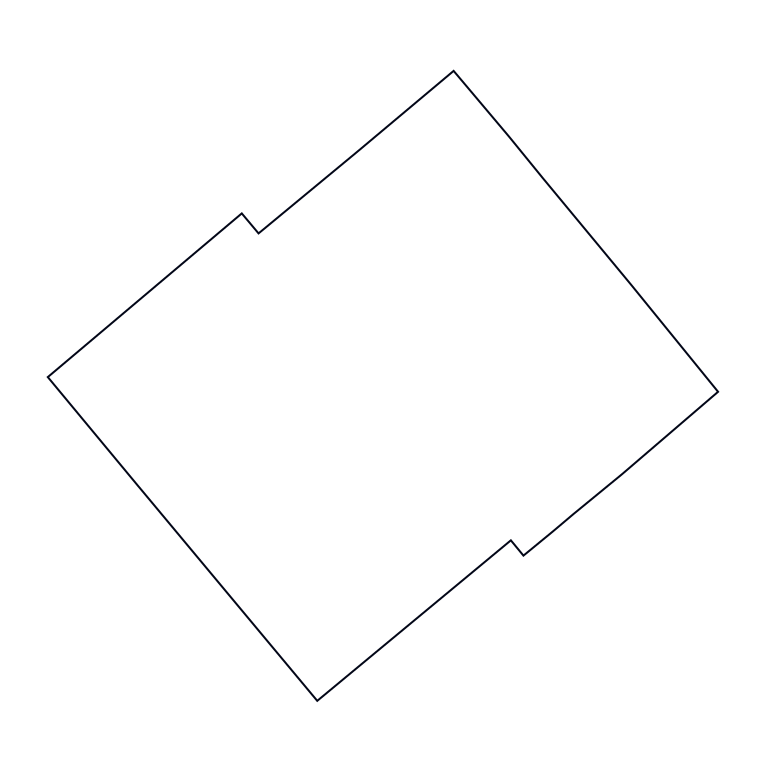 the district of Washington, Wisconsin, United States of America, rotated 230°
{"feature_id": "52423323B60034571779421", "entity_name": "Washington", "entity_type": "district", "adm_level": 2, "iso_a3": "USA", "parent_name": "United States of America", "parent_adm1": "Wisconsin", "projection": "robinson", "projection_center": [-88.256, 43.368], "detail": "fine", "context": "isolated", "style": "outline", "palette": "ink", "viewbox_px": 768, "rotation_deg": 230, "n_neighbors": 0, "source": "geoboundaries", "source_scale": "gbopen_adm2", "svg_char_len": 370}
<svg xmlns="http://www.w3.org/2000/svg" viewBox="0 0 768 768"><g transform="rotate(230 384 384)"><path d="M184.2,129.2L182.7,380.7L162.9,380.5L162.5,419.1L162.6,445.4L161.9,508.4L163.3,634.9L301.5,637.1L439.7,638.0L493.4,638.8L579.1,638.6L579.1,512.8L580.0,384.7L606.1,384.7L605.4,130.9L464.5,130.1L184.2,129.2Z" fill="none" stroke="#020617" stroke-width="2"/></g></svg>